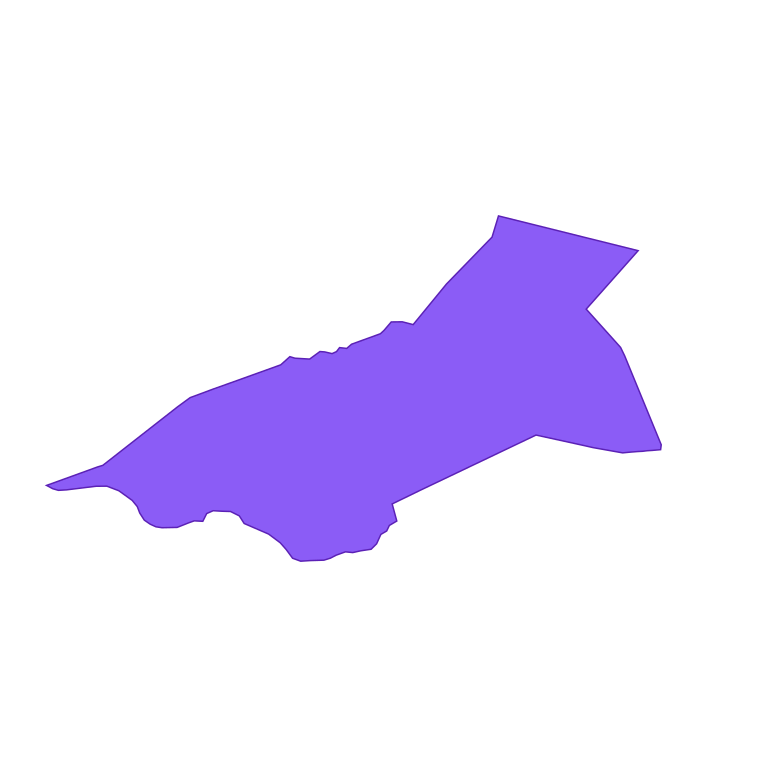 outline of Campo Largo do Piauí, Piauí, Brazil, rotated 290°
{"feature_id": "56859067B64351752657769", "entity_name": "Campo Largo do Piauí", "entity_type": "district", "adm_level": 2, "iso_a3": "BRA", "parent_name": "Brazil", "parent_adm1": "Piauí", "projection": "robinson", "projection_center": [-42.593, -3.868], "detail": "fine", "context": "isolated", "style": "filled", "palette": "violet", "viewbox_px": 768, "rotation_deg": 290, "n_neighbors": 0, "source": "geoboundaries", "source_scale": "gbopen_adm2", "svg_char_len": 1203}
<svg xmlns="http://www.w3.org/2000/svg" viewBox="0 0 768 768"><g transform="rotate(290 384 384)"><path d="M193.0,260.7L201.6,261.7L206.5,266.8L209.0,275.2L211.7,283.4L210.6,293.1L205.1,300.3L203.5,326.9L199.3,340.8L195.0,348.7L189.0,357.7L189.0,366.3L192.8,375.0L197.9,387.8L202.0,393.2L206.7,397.5L213.1,405.2L214.9,412.3L219.3,419.2L224.3,428.4L231.3,431.7L241.6,432.5L246.8,436.8L252.9,437.4L259.6,442.9L274.1,432.7L296.1,454.0L388.0,544.3L394.6,593.3L395.7,602.0L400.9,631.8L404.1,638.5L407.3,645.5L409.2,650.0L411.3,654.1L413.3,658.7L416.9,666.4L421.7,665.3L492.8,600.5L499.3,593.8L503.8,585.4L523.5,548.4L596.2,577.2L581.1,434.1L559.0,435.3L499.3,408.5L449.8,391.1L448.7,379.9L444.8,369.6L434.2,365.6L430.0,363.4L410.3,339.9L404.7,336.8L403.0,329.8L398.2,328.3L394.8,324.8L393.9,317.4L392.6,312.7L382.0,305.6L377.8,291.5L377.5,286.2L366.7,280.4L332.9,239.8L321.4,225.9L304.9,206.5L291.9,197.8L211.4,147.6L208.1,143.2L173.3,101.6L172.3,108.5L172.7,114.4L175.9,121.8L189.4,148.3L193.2,158.5L193.0,171.3L188.5,187.2L184.4,194.1L179.2,198.6L174.1,205.3L172.3,212.2L171.8,218.5L173.0,224.5L178.5,238.7L186.7,247.9L190.5,252.5L193.0,260.7Z" fill="#8b5cf6" stroke="#5b21b6" stroke-width="1.5"/></g></svg>